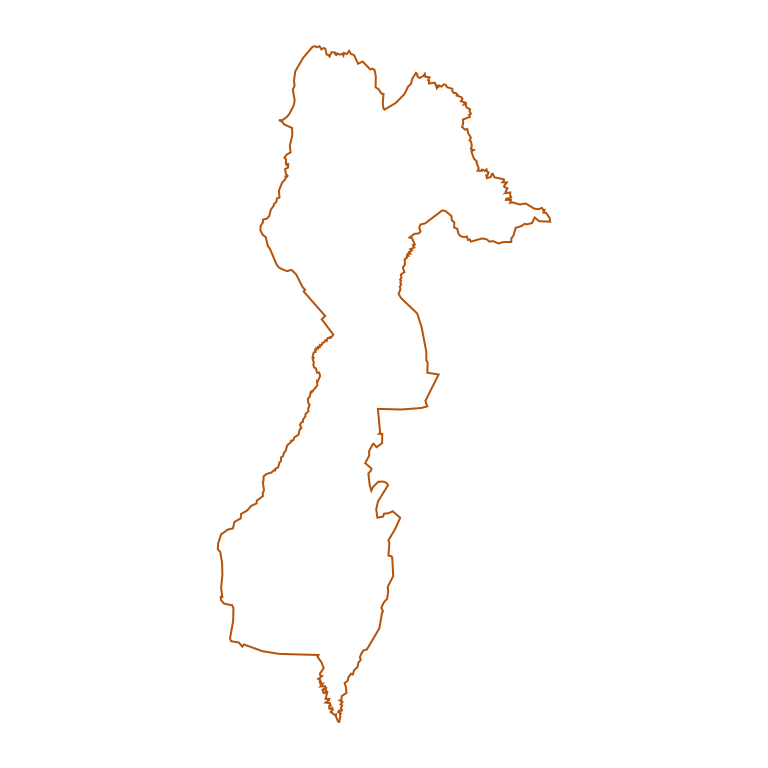 Mvomero, Morogoro, United Republic of Tanzania
{"feature_id": "72390352B62121337619186", "entity_name": "Mvomero", "entity_type": "district", "adm_level": 2, "iso_a3": "TZA", "parent_name": "United Republic of Tanzania", "parent_adm1": "Morogoro", "projection": "robinson", "projection_center": [37.562, -6.599], "detail": "fine", "context": "isolated", "style": "outline", "palette": "amber", "viewbox_px": 768, "rotation_deg": 0, "n_neighbors": 0, "source": "geoboundaries", "source_scale": "gbopen_adm2", "svg_char_len": 6056}
<svg xmlns="http://www.w3.org/2000/svg" viewBox="0 0 768 768"><path d="M263.0,219.6L262.8,222.7L260.7,225.7L260.4,230.3L262.6,234.7L265.7,237.1L267.9,246.1L270.0,248.9L276.7,264.8L279.2,267.7L284.1,270.1L287.1,271.1L291.6,269.9L296.2,274.4L302.6,287.1L305.1,289.8L303.7,291.5L325.2,316.0L321.7,319.2L333.3,334.6L332.1,336.4L329.9,337.2L330.3,338.0L327.5,338.2L326.6,341.1L325.3,340.3L324.1,342.3L322.2,343.0L322.1,344.5L320.2,345.3L320.5,346.8L319.8,345.9L319.7,347.3L318.1,346.9L318.0,348.4L316.4,348.0L316.4,349.7L315.1,349.8L315.5,351.9L313.7,352.5L312.5,357.5L313.7,357.9L312.7,359.8L313.8,362.0L313.3,365.0L314.0,367.2L316.0,368.5L317.0,372.7L319.1,372.5L320.1,376.0L317.6,381.7L317.1,381.3L317.3,385.4L312.1,391.9L311.8,391.2L310.6,392.1L309.9,396.5L307.9,398.7L308.2,402.8L309.7,404.9L308.2,408.3L308.5,411.3L305.5,413.9L305.4,416.3L303.0,419.5L302.9,422.0L301.2,422.5L300.0,424.7L301.3,428.2L299.7,429.5L298.4,434.8L294.4,437.3L293.3,440.1L291.5,440.6L292.0,441.1L287.2,445.4L285.6,451.1L284.3,452.2L282.7,456.7L281.1,457.3L281.0,461.0L279.5,462.5L278.1,467.5L275.5,468.7L275.2,470.4L274.2,470.1L271.3,472.6L266.4,474.0L263.6,476.4L263.5,480.8L262.7,481.6L264.0,490.1L262.6,493.5L263.0,496.0L256.8,500.6L256.6,503.4L251.3,505.8L246.9,510.7L241.1,513.9L240.7,518.4L234.5,521.9L232.9,528.4L227.8,529.6L221.2,534.3L218.1,543.5L217.8,549.2L220.3,552.0L222.1,563.2L222.4,574.8L221.1,587.8L222.3,597.0L220.8,596.9L220.9,599.9L224.0,603.6L232.2,605.3L233.4,608.0L233.2,620.7L230.0,638.5L231.0,641.2L238.8,642.5L242.3,646.6L243.9,644.5L262.8,651.3L279.5,653.9L318.5,655.0L317.5,656.8L321.5,662.4L323.7,668.2L319.9,673.7L320.0,674.9L322.1,676.0L318.3,678.9L320.0,679.6L319.7,680.9L320.9,681.4L320.8,682.4L320.0,682.1L320.2,683.6L322.8,683.6L320.4,686.5L324.9,686.1L325.0,687.4L326.2,687.9L325.8,689.3L324.2,688.6L322.4,689.9L323.7,693.1L326.2,692.6L325.4,690.4L327.4,691.7L325.6,698.9L329.3,698.8L329.1,700.0L325.7,702.6L329.9,703.1L330.6,705.6L329.3,705.7L329.2,708.4L329.9,709.0L332.2,707.9L332.8,709.7L330.7,712.0L334.9,715.0L336.0,714.5L335.9,716.3L338.1,721.6L339.2,721.9L340.4,716.5L340.0,714.5L340.8,713.4L338.3,712.2L338.9,710.7L341.6,710.8L342.0,709.8L340.8,708.3L342.2,705.4L340.5,704.4L342.5,702.0L339.9,700.4L341.4,700.0L341.8,696.0L346.4,693.0L346.1,687.6L344.6,683.1L347.6,680.8L348.5,677.0L351.1,673.7L352.7,674.5L354.2,670.1L357.5,667.1L358.4,662.6L360.8,659.8L359.8,657.2L361.3,653.8L363.3,650.5L366.9,649.4L379.4,628.2L382.0,612.9L383.0,611.4L381.3,607.8L384.0,602.1L387.1,598.9L388.2,591.6L387.7,586.9L393.2,576.1L392.3,558.5L391.7,556.3L388.4,555.5L389.4,543.2L388.4,540.4L395.2,528.9L400.2,517.8L392.7,511.3L388.7,513.2L384.0,513.7L383.2,516.5L377.4,517.7L376.2,509.4L378.0,501.4L388.1,485.1L386.3,482.7L383.3,481.6L378.4,481.7L373.2,486.8L371.3,490.7L369.6,484.6L368.4,473.4L371.2,470.2L371.4,468.5L365.2,463.1L369.2,455.7L369.1,451.1L372.8,444.2L373.6,443.7L376.6,447.2L382.2,443.0L382.2,433.9L379.0,433.9L380.1,432.7L377.9,408.9L401.5,409.5L421.1,408.0L427.2,406.4L425.4,400.9L438.6,374.5L427.3,372.7L427.7,362.6L426.3,360.3L426.3,351.8L421.6,327.0L417.2,313.5L400.8,297.8L398.6,293.8L400.5,289.1L399.8,286.7L401.2,284.4L400.3,282.7L401.1,280.7L400.1,279.7L401.4,278.0L400.9,274.5L404.4,272.1L402.9,267.8L404.9,264.4L404.7,259.2L406.9,257.8L406.9,256.0L408.4,255.8L407.2,254.6L407.8,253.7L410.4,253.6L409.1,252.0L412.0,250.4L410.4,249.1L414.3,247.5L412.9,245.2L414.8,244.6L412.0,238.2L409.6,237.5L414.4,233.9L418.6,233.4L420.6,231.6L419.2,227.6L420.5,224.5L425.1,223.4L442.3,210.4L445.3,210.9L451.4,216.0L451.9,220.3L454.3,222.4L454.1,227.4L457.3,228.8L458.4,233.6L460.2,235.9L463.9,237.2L466.9,236.5L467.9,239.9L469.8,239.5L470.9,241.6L482.3,238.4L486.8,239.4L489.3,241.6L493.1,241.1L498.6,243.5L503.1,242.1L511.2,242.0L511.4,238.5L513.5,235.4L515.7,227.8L521.4,226.1L524.8,223.8L526.5,224.4L532.0,223.1L534.7,217.5L539.0,221.2L550.2,221.7L549.6,217.8L546.0,212.8L543.4,212.5L544.5,209.9L543.2,210.1L542.0,207.9L538.5,209.2L534.3,208.7L525.8,203.5L519.8,204.5L512.0,202.2L510.1,202.9L510.9,199.9L505.9,199.9L506.4,198.6L509.7,198.3L511.2,197.1L510.1,195.9L510.3,192.5L505.5,193.1L506.5,192.3L505.7,191.7L507.4,188.3L504.2,186.9L504.2,185.7L506.8,182.5L502.5,182.3L504.0,180.5L503.7,179.2L494.5,177.4L492.8,173.8L491.9,174.0L490.8,176.9L487.0,178.2L486.3,175.4L487.3,175.4L488.6,172.5L487.0,171.5L486.5,169.4L484.8,170.9L482.8,169.7L481.9,169.7L481.9,170.8L477.6,170.8L478.7,168.1L476.6,162.9L476.8,161.4L473.9,158.6L471.4,151.4L473.7,150.0L470.9,149.1L471.8,145.8L471.0,141.5L469.5,140.3L470.9,137.8L468.2,133.2L467.2,129.0L465.3,129.7L462.1,127.1L463.2,123.4L463.0,119.5L469.9,116.9L469.1,115.0L470.9,113.7L469.5,111.2L470.1,109.3L466.9,107.6L465.9,106.2L466.0,103.7L463.9,104.4L465.1,102.5L460.9,101.2L462.5,98.9L461.4,97.2L456.7,95.6L457.4,94.6L455.6,92.9L453.7,93.0L452.3,91.0L452.4,88.8L447.0,87.2L445.9,84.9L444.0,84.4L441.5,86.6L439.7,85.8L438.6,86.7L438.5,85.6L437.3,85.6L436.7,87.7L434.9,82.7L429.0,83.5L429.2,81.0L428.1,80.2L429.5,77.3L425.4,76.8L424.8,73.9L423.6,75.8L419.5,78.0L417.3,76.2L417.3,74.3L416.0,72.9L412.5,78.3L410.8,84.2L408.2,86.4L404.5,94.0L395.7,103.0L384.5,109.6L383.4,108.3L382.8,103.2L383.5,93.9L381.3,93.6L378.8,89.4L375.6,87.3L375.8,76.4L374.5,69.8L372.3,68.7L370.4,69.5L362.6,61.5L358.1,63.7L354.0,55.0L350.9,53.9L349.2,50.9L346.9,54.0L343.9,53.0L343.4,55.6L342.3,53.8L339.7,54.6L337.2,53.4L336.5,55.0L335.3,54.5L335.1,52.6L331.5,52.2L329.6,56.5L328.1,54.7L326.6,54.6L325.3,48.6L323.4,48.1L321.4,49.4L319.5,46.2L316.9,47.3L314.7,46.1L312.4,47.0L303.1,57.9L295.3,71.3L294.0,80.5L294.5,86.0L292.8,89.5L294.7,100.4L293.6,105.7L289.2,114.2L286.2,117.5L282.3,120.2L279.0,120.1L282.3,121.9L284.1,124.4L292.1,128.0L292.3,135.4L289.8,145.7L290.6,152.4L286.7,154.5L284.4,157.7L286.1,159.5L285.8,163.6L287.8,163.8L286.9,165.1L288.3,165.4L288.0,167.6L285.1,169.0L285.8,173.6L287.6,175.8L286.8,176.9L285.5,176.5L285.5,178.9L282.1,182.7L278.9,190.6L279.5,197.5L277.0,198.5L276.2,202.2L273.9,204.1L273.8,205.6L270.8,209.7L269.3,215.8L267.0,218.6L263.0,219.6Z" fill="none" stroke="#b45309" stroke-width="2"/></svg>